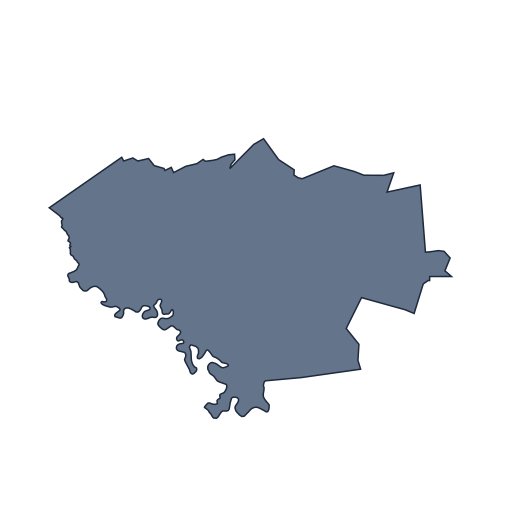 Raxruhá, Alta Verapaz, Guatemala (orthographic projection), rotated 154°
{"feature_id": "79465075B33979032902189", "entity_name": "Raxruhá", "entity_type": "district", "adm_level": 2, "iso_a3": "GTM", "parent_name": "Guatemala", "parent_adm1": "Alta Verapaz", "projection": "orthographic", "projection_center": [-89.998, 15.891], "detail": "fine", "context": "isolated", "style": "filled", "palette": "slate", "viewbox_px": 512, "rotation_deg": 154, "n_neighbors": 0, "source": "geoboundaries", "source_scale": "gbopen_adm2", "svg_char_len": 6162}
<svg xmlns="http://www.w3.org/2000/svg" viewBox="0 0 512 512"><g transform="rotate(154 256 256)"><path d="M333.4,403.6L420.7,390.0L414.9,378.4L414.2,375.5L413.9,375.1L413.3,374.9L413.2,374.6L413.5,373.9L414.1,373.4L415.3,372.9L415.8,372.0L416.3,370.7L416.6,369.0L416.9,368.4L417.8,367.7L418.1,367.1L417.9,366.3L417.2,364.8L417.0,363.5L416.7,362.7L416.2,362.0L416.0,361.2L415.9,360.4L416.0,358.5L415.8,357.2L415.5,355.9L415.8,354.5L416.3,353.9L418.0,352.5L418.3,352.0L418.2,351.5L417.7,351.1L417.5,350.3L417.2,349.8L417.2,348.5L418.2,347.8L418.6,347.2L418.7,346.7L418.2,345.7L418.6,345.5L419.8,345.5L420.1,345.2L419.9,344.2L420.0,343.4L420.6,342.2L420.8,341.3L421.6,340.1L421.9,339.1L421.9,338.3L420.5,336.0L420.4,332.9L419.3,330.4L419.2,329.1L419.0,328.1L418.6,327.1L418.6,326.2L418.8,325.8L420.2,324.8L421.8,323.4L423.1,322.5L423.9,322.2L426.7,321.9L428.3,322.1L429.9,322.1L431.3,322.4L432.1,322.3L433.0,321.9L433.6,321.2L433.9,320.1L433.9,317.1L434.5,316.0L434.7,315.2L434.5,314.5L433.7,313.4L432.8,312.8L431.5,312.4L429.4,312.0L428.6,311.7L427.6,310.4L427.5,309.5L427.9,305.8L427.9,304.8L426.5,300.7L425.5,299.8L424.2,299.1L423.0,298.9L418.6,300.0L416.3,300.0L414.6,299.6L412.7,298.6L411.3,296.3L410.3,294.0L409.4,291.4L409.1,289.4L409.1,287.6L409.4,286.0L409.2,282.4L409.9,281.3L410.7,280.9L411.7,280.9L413.2,281.7L413.9,282.4L414.6,282.6L415.6,282.2L415.8,281.1L415.0,279.4L413.1,277.2L409.4,273.9L407.4,273.1L404.7,272.5L403.4,271.6L402.1,269.6L401.7,268.6L401.7,267.5L402.2,266.9L406.7,266.0L408.3,265.4L409.2,264.3L409.3,263.3L406.5,260.7L405.3,259.7L403.7,259.5L402.0,260.6L400.6,261.8L399.8,263.1L399.2,264.5L398.1,265.8L396.9,266.3L394.9,266.0L393.1,264.9L391.4,262.9L389.3,259.9L388.6,258.5L387.4,257.7L386.0,257.3L384.0,258.0L382.7,258.8L381.6,259.8L380.3,260.4L378.8,260.6L377.4,259.9L375.4,258.5L374.3,257.2L374.0,255.7L374.6,254.8L375.6,254.4L379.6,255.0L381.2,254.7L383.1,253.6L384.2,252.4L384.8,251.2L384.9,250.0L384.2,248.7L383.4,248.0L381.9,247.5L380.4,247.2L378.9,247.2L377.4,247.0L376.1,246.5L374.5,245.5L373.4,244.9L372.4,244.8L371.5,245.1L370.4,246.0L369.8,247.3L369.3,249.0L369.3,250.8L369.4,251.8L369.9,253.8L370.0,255.0L370.0,255.6L369.8,256.2L369.3,256.5L367.0,257.2L366.3,257.5L364.3,259.1L363.4,259.5L362.0,259.5L361.0,259.2L360.5,258.6L360.3,257.9L360.4,257.1L361.3,255.9L363.7,253.8L364.1,253.0L364.2,248.7L365.1,246.2L365.1,245.2L364.7,244.3L364.0,243.8L363.0,243.5L362.1,243.3L361.3,242.8L360.4,242.4L359.5,242.4L358.5,242.7L355.5,244.5L354.9,244.6L354.6,244.2L354.5,243.2L354.8,242.0L355.8,240.2L356.6,239.2L357.7,238.8L360.8,238.3L362.0,238.3L363.3,238.7L364.5,239.2L366.9,240.9L367.9,241.3L368.7,241.5L369.9,241.3L371.3,240.7L373.6,238.8L374.0,237.8L374.1,237.0L373.9,235.6L373.3,233.8L372.5,231.9L371.8,230.7L371.0,230.0L370.2,229.6L368.9,229.5L363.6,230.3L362.8,230.4L362.1,230.1L361.4,229.4L360.7,228.1L359.4,224.9L358.7,224.0L357.8,223.4L357.0,221.9L357.1,220.8L357.6,220.0L358.5,219.4L360.1,218.7L361.7,218.2L362.4,217.9L363.4,216.9L363.8,216.0L363.7,214.5L363.2,213.7L362.5,213.5L360.9,213.5L359.8,213.3L359.0,212.9L358.6,212.1L358.5,210.6L358.9,209.8L359.7,209.5L361.1,209.8L362.6,210.4L363.8,210.5L365.5,210.4L366.7,209.8L367.6,208.7L368.1,207.6L368.1,206.5L367.8,205.6L367.0,204.5L362.7,200.9L362.3,200.1L362.2,198.9L362.6,197.5L363.0,196.7L365.4,194.5L365.8,193.4L365.9,191.8L365.6,183.4L366.0,180.6L366.1,179.7L365.6,178.6L365.1,177.9L364.3,177.6L363.4,177.6L360.8,178.4L359.6,179.2L359.0,180.0L358.7,180.8L358.6,181.3L358.8,181.9L359.9,183.2L360.3,185.8L360.4,186.8L359.9,190.1L359.4,191.5L356.4,198.6L356.1,200.5L356.0,202.9L355.5,203.6L354.6,204.2L353.6,204.6L352.7,204.1L351.8,203.1L350.2,201.7L349.4,200.5L348.7,198.8L348.6,197.8L349.3,195.9L350.2,194.0L351.1,193.0L351.9,192.5L352.9,191.2L353.3,190.4L353.2,189.5L352.1,188.5L350.6,188.5L348.9,188.8L345.1,190.8L342.6,192.6L341.6,193.0L340.8,192.8L340.2,191.9L339.6,189.7L338.8,185.2L338.4,184.3L336.1,181.7L335.0,179.7L334.1,177.8L333.6,175.8L332.9,174.8L330.3,172.8L329.5,172.0L329.0,171.3L328.8,170.6L328.8,169.9L329.2,169.4L332.4,169.5L334.0,169.8L335.2,170.3L336.4,171.7L338.7,176.1L339.7,177.4L342.2,179.6L343.2,179.8L344.9,179.6L346.1,179.1L347.4,178.2L348.2,177.1L349.0,175.0L348.8,173.4L349.0,171.6L348.7,170.2L346.9,167.0L346.5,165.9L345.8,161.6L345.3,160.3L344.1,158.8L339.1,153.7L339.0,152.9L339.3,151.8L339.9,150.8L340.6,149.9L342.0,148.8L343.6,147.7L344.9,147.2L348.0,147.4L349.0,147.3L349.7,146.7L350.3,144.6L350.7,144.0L352.4,143.8L353.5,143.6L354.4,143.1L355.0,141.7L355.2,140.6L355.7,140.2L357.0,140.4L358.5,140.9L360.7,142.6L362.0,144.1L362.8,144.6L363.8,144.8L365.2,144.4L368.3,143.0L368.7,142.4L367.8,140.8L366.9,138.9L366.5,137.6L366.5,135.7L365.9,134.2L365.6,130.3L365.2,129.1L364.0,128.2L362.5,127.5L360.3,128.1L358.5,129.3L355.9,130.8L354.3,131.3L353.1,131.0L350.5,129.6L348.7,129.3L347.1,130.3L343.5,135.4L340.4,138.8L339.2,139.2L337.4,138.7L336.2,138.0L335.3,137.2L334.6,136.0L334.5,135.1L334.8,134.2L335.6,133.1L336.9,132.1L339.6,130.6L340.8,129.7L341.5,128.6L341.9,126.2L341.9,124.9L340.6,120.6L339.3,118.2L338.3,117.6L336.6,117.2L333.7,118.3L331.2,119.1L329.4,119.9L327.4,120.6L325.5,120.8L323.5,120.5L322.2,120.1L320.6,118.9L319.1,117.1L316.6,113.7L315.3,111.7L314.5,111.1L313.6,111.0L311.9,112.3L311.2,113.2L309.5,116.2L309.6,117.4L310.5,120.9L311.0,123.3L311.1,125.5L310.9,126.7L310.0,128.7L307.4,132.4L306.8,133.5L306.4,134.4L306.3,135.9L305.9,136.7L304.9,138.0L304.1,138.9L303.4,139.4L302.3,139.7L268.4,126.8L211.6,108.4L210.1,117.6L202.2,131.5L206.7,151.3L179.4,172.3L145.4,142.2L139.1,135.0L117.9,157.6L111.9,158.5L110.7,157.8L108.9,161.4L89.3,151.9L92.7,159.9L82.4,169.1L84.9,177.7L89.7,180.9L95.7,182.8L99.5,184.1L102.0,185.2L77.3,247.9L110.2,256.0L95.7,270.4L105.8,272.5L123.6,281.3L130.6,288.9L146.4,302.9L180.6,305.2L183.8,307.8L186.4,312.1L183.9,316.7L193.4,332.7L197.8,358.1L209.1,357.3L241.3,346.0L238.0,349.5L232.8,351.7L230.6,356.9L236.4,359.0L243.5,360.0L248.8,359.9L252.8,360.9L259.9,363.3L261.2,366.0L268.6,364.9L279.8,367.4L293.5,367.1L293.3,372.8L300.4,372.8L300.3,375.0L307.9,381.9L309.8,390.7L320.6,393.2L323.7,398.1L333.3,399.4L333.4,403.6Z" fill="#64748b" stroke="#1e293b" stroke-width="1.5"/></g></svg>